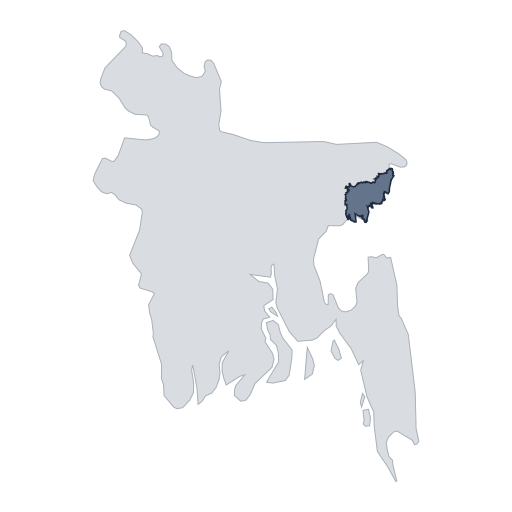 Maulvibazar, Sylhet, Bangladesh (highlighted)
{"feature_id": "16705992B62450131352427", "entity_name": "Maulvibazar", "entity_type": "district", "adm_level": 2, "iso_a3": "BGD", "parent_name": "Bangladesh", "parent_adm1": "Sylhet", "projection": "albers", "projection_center": [91.87, 24.487], "detail": "fine", "context": "in_parent", "style": "filled", "palette": "slate", "viewbox_px": 512, "rotation_deg": 0, "n_neighbors": 0, "source": "geoboundaries", "source_scale": "gbopen_adm2", "svg_char_len": 9394}
<svg xmlns="http://www.w3.org/2000/svg" viewBox="0 0 512 512"><path d="M161.4,378.5L161.6,364.4L152.9,336.6L153.4,333.6L151.8,320.2L149.6,312.7L148.6,304.8L154.4,293.7L152.2,291.8L140.0,288.0L138.6,285.1L141.5,274.0L132.9,263.3L129.6,255.3L139.6,230.1L142.3,212.5L141.7,209.1L136.1,205.0L126.0,203.1L118.9,199.7L114.8,194.5L111.3,192.4L106.9,193.8L101.3,191.7L96.8,186.6L93.1,180.5L94.8,173.9L102.5,158.5L105.3,158.1L111.6,161.3L114.0,161.4L118.3,155.3L124.6,137.9L145.0,139.9L149.9,139.4L155.0,138.1L157.8,136.0L159.4,133.2L159.0,130.7L152.8,127.3L150.4,124.7L148.8,117.7L147.0,115.0L134.8,114.3L128.5,111.0L125.1,108.0L119.1,98.2L111.6,90.9L104.3,89.1L101.5,86.7L100.0,83.0L101.1,77.8L105.1,67.7L125.8,46.4L126.3,44.0L125.6,41.2L119.8,37.5L119.5,35.8L121.2,31.2L124.6,30.7L131.4,35.1L138.3,42.0L142.4,48.1L142.4,52.8L147.9,53.9L152.5,56.1L157.2,55.6L160.3,56.8L162.4,56.4L163.2,53.7L159.3,46.7L161.3,43.9L166.0,44.2L169.3,46.8L171.6,52.2L171.9,60.4L177.2,67.9L184.2,73.4L189.8,75.9L196.5,77.8L202.3,76.2L205.3,71.0L204.1,66.4L205.0,62.2L207.4,60.0L211.0,60.2L213.7,63.5L221.3,81.4L219.5,89.3L221.0,111.0L218.7,125.2L219.9,130.7L221.2,131.7L233.1,134.5L250.3,140.4L263.6,142.7L323.5,141.5L336.5,144.4L376.5,142.3L387.4,146.8L399.2,154.2L405.9,159.7L407.1,162.8L406.4,165.5L404.2,167.0L400.1,167.1L390.7,163.5L389.1,164.6L389.0,173.1L381.3,194.6L380.3,201.3L377.6,203.9L369.7,205.2L364.4,217.8L362.2,219.3L357.0,216.6L353.8,217.0L349.7,218.1L345.6,221.0L342.8,224.6L339.6,225.8L328.3,225.6L326.1,231.4L318.7,238.9L313.5,259.0L313.9,265.2L320.1,281.3L324.4,302.2L326.0,304.3L328.2,304.5L328.3,294.9L330.4,293.7L333.0,294.8L338.3,307.7L341.3,311.0L346.0,311.9L351.4,310.0L355.4,306.2L357.0,302.1L355.7,288.1L358.2,282.4L367.4,273.9L368.7,271.3L368.1,257.2L371.6,256.7L376.2,257.8L382.1,254.5L383.9,254.4L386.4,258.0L390.6,257.4L396.9,285.2L397.5,304.9L399.0,315.8L401.2,318.2L408.3,334.6L415.2,392.2L416.1,428.8L418.9,441.3L416.7,444.1L414.4,444.6L412.3,440.3L397.2,431.1L393.5,432.0L388.3,437.4L386.3,442.4L387.2,449.5L388.9,456.4L392.5,460.3L392.8,464.7L396.8,481.2L395.7,481.3L387.4,466.3L377.4,451.6L374.1,425.2L373.8,412.2L367.0,396.8L360.7,370.1L363.4,360.6L358.7,364.7L351.2,348.7L339.6,332.9L336.2,326.0L336.1,319.2L331.0,326.0L324.1,330.8L317.1,337.9L312.5,340.1L297.7,341.3L289.3,331.6L277.3,308.0L275.8,302.6L277.5,288.8L274.7,275.7L274.0,264.1L271.8,265.1L271.0,268.3L271.4,273.2L270.5,277.2L250.1,274.4L258.7,281.4L268.1,283.1L272.8,289.3L273.1,299.5L263.8,305.7L264.6,310.9L269.8,317.3L263.3,319.0L261.5,323.1L261.3,329.0L265.8,338.1L265.0,341.7L272.6,353.6L274.0,359.3L272.0,367.3L255.1,383.4L250.1,394.9L245.9,400.2L240.7,401.2L234.5,395.6L234.5,390.0L235.8,385.6L244.7,374.9L239.9,376.3L226.2,385.0L223.7,377.8L222.1,371.1L222.2,362.9L228.9,350.7L221.4,356.7L219.2,364.3L220.0,373.3L219.0,379.7L215.9,387.9L211.9,392.9L205.4,396.0L202.5,400.8L198.1,404.4L196.9,387.6L192.7,365.0L191.6,369.8L193.7,383.8L193.4,392.9L189.8,400.1L182.6,407.7L177.2,408.7L174.0,407.4L164.1,395.6L163.5,384.6L161.4,378.5ZM285.4,380.5L272.9,383.1L266.5,382.2L278.6,362.0L278.3,352.9L276.5,345.5L270.5,339.5L270.2,335.3L267.6,329.4L266.3,322.6L273.0,320.5L278.3,324.4L280.2,332.2L282.8,338.0L292.1,350.0L291.9,357.3L289.2,375.1L285.4,380.5ZM312.3,374.1L304.6,379.4L307.3,347.4L312.9,359.3L314.3,365.7L312.3,374.1ZM341.4,358.1L338.1,360.4L335.0,358.4L331.0,350.9L333.0,341.4L334.3,340.0L339.0,349.7L341.4,358.1ZM369.6,425.8L365.3,426.2L363.1,423.9L364.1,420.7L363.0,410.3L368.5,409.3L370.5,418.0L369.6,425.8ZM364.8,396.8L361.6,407.1L360.3,402.5L362.5,393.4L364.8,396.8ZM276.3,312.8L277.5,316.2L270.6,311.8L268.8,308.7L271.9,307.2L276.3,312.8Z" fill="#d9dde1" stroke="#a8b0b8" stroke-width="1"/><path d="M348.0,219.4L348.1,219.0L348.8,219.2L349.1,218.2L348.9,217.9L349.0,217.7L348.5,217.7L348.7,217.2L348.5,216.6L348.2,216.2L348.3,216.0L348.2,215.9L348.3,215.8L348.5,215.8L349.0,215.2L349.4,215.1L349.4,214.8L349.6,215.0L349.5,216.6L350.0,217.3L350.2,217.5L350.3,217.6L350.3,217.8L350.5,218.2L350.4,218.3L350.5,218.6L350.5,219.3L350.8,220.0L351.1,220.1L351.0,220.3L351.5,220.5L351.7,220.2L352.1,220.2L352.3,220.9L353.4,221.1L353.9,221.8L354.5,221.6L354.7,221.9L354.8,221.8L355.0,221.9L356.1,221.9L355.1,213.7L358.3,215.8L359.4,215.8L359.7,216.0L359.8,216.5L360.1,216.6L360.4,216.7L360.8,216.3L361.0,216.4L361.2,216.0L361.6,215.9L361.6,215.4L362.1,215.4L362.2,215.5L362.0,215.8L362.4,215.7L362.2,216.0L362.5,216.1L362.8,216.4L362.8,216.5L362.5,216.4L362.6,216.7L362.4,216.7L362.4,217.1L362.2,217.3L361.9,217.3L362.3,217.9L362.1,218.2L362.3,218.6L362.6,218.8L362.8,218.7L363.1,218.9L363.3,218.7L363.5,218.9L363.6,219.2L363.8,219.1L364.2,219.4L364.1,219.6L364.3,219.7L364.1,219.9L364.2,220.2L364.4,220.4L364.4,220.7L364.3,220.9L364.5,221.1L364.5,221.5L364.9,221.8L364.9,222.1L365.2,222.1L365.3,222.3L365.7,222.1L366.2,222.3L366.4,222.1L366.4,221.7L366.7,221.5L366.8,221.3L366.7,221.2L366.9,221.1L367.0,221.0L366.9,220.9L367.0,220.3L366.8,220.2L367.1,220.0L366.8,219.8L368.9,212.1L367.4,206.7L367.6,206.9L367.8,206.8L367.9,206.6L368.3,206.4L368.5,206.6L368.7,206.3L368.9,206.3L369.1,205.8L369.3,205.9L369.3,205.7L369.5,205.7L370.0,205.2L370.5,205.7L370.9,205.7L370.7,206.0L371.0,206.3L371.2,207.1L371.5,207.5L371.7,207.4L371.8,207.8L372.0,207.9L372.4,207.8L372.8,207.9L372.8,206.7L371.5,205.2L371.6,204.9L371.8,205.1L372.0,204.9L371.5,204.5L371.5,204.0L371.2,204.2L370.9,203.8L371.1,203.7L370.7,203.5L371.1,203.1L371.8,203.4L372.1,203.7L372.2,203.1L372.5,202.8L372.3,202.6L372.7,202.8L372.8,202.4L373.4,202.9L373.4,203.2L373.6,203.3L374.5,202.9L374.7,203.0L374.8,203.2L375.0,203.5L375.6,203.4L375.8,203.7L376.1,203.6L376.2,203.8L376.5,203.6L376.6,203.8L379.1,203.8L379.4,204.1L379.9,204.0L379.9,203.7L380.1,203.7L380.1,203.4L380.3,203.2L380.8,203.4L381.1,203.2L381.4,203.4L381.4,203.2L381.7,203.3L381.8,203.1L381.5,202.6L381.7,202.2L382.0,202.1L382.0,201.7L382.3,201.4L382.6,201.3L382.4,200.8L382.7,200.3L382.7,199.9L383.2,200.2L383.3,200.1L383.5,200.2L383.9,199.9L384.6,200.4L385.0,199.7L384.8,199.7L384.9,199.2L384.5,198.8L384.7,198.7L384.7,198.4L384.4,198.1L384.5,197.8L384.3,197.7L384.4,197.3L384.2,197.2L384.4,197.0L384.2,196.7L384.0,196.8L384.2,196.5L383.9,196.3L384.1,196.1L383.8,195.6L383.9,195.1L383.7,194.8L383.9,194.8L383.7,194.5L383.8,194.2L383.8,193.9L384.3,193.6L383.9,193.2L384.1,193.1L384.2,192.9L384.0,192.7L384.2,192.4L384.3,191.8L384.5,192.0L384.7,191.9L384.7,191.7L385.0,191.7L385.5,192.1L385.5,192.3L386.1,192.3L386.3,192.7L386.6,192.7L386.9,193.2L387.1,193.2L387.3,193.5L388.0,193.8L389.3,191.8L389.6,186.6L390.1,185.5L390.2,184.4L390.6,183.2L390.6,182.6L390.4,182.1L391.0,181.2L391.1,180.7L390.9,180.3L391.3,180.1L391.3,179.6L391.9,179.0L392.5,177.7L393.2,176.9L393.9,175.8L392.8,175.3L392.7,175.1L393.4,173.9L392.7,173.5L392.9,173.1L392.9,172.8L393.1,172.8L393.4,172.1L393.3,171.8L392.8,171.6L392.6,171.1L392.2,170.8L392.4,170.1L392.3,169.8L392.5,169.7L392.2,169.2L392.2,168.7L390.8,168.4L390.5,168.6L390.5,168.4L390.7,168.2L390.2,168.4L389.7,168.5L390.2,169.0L390.2,169.4L389.3,169.3L388.0,169.9L387.9,170.5L387.4,170.7L387.3,170.4L387.1,170.4L386.6,171.0L386.6,171.8L387.0,172.5L386.7,173.3L385.7,173.3L385.5,173.0L385.3,172.9L384.5,173.3L384.4,173.1L384.1,173.2L383.7,173.6L383.1,173.5L382.7,173.7L382.0,174.0L381.5,173.6L381.2,173.6L380.6,174.2L380.0,174.3L379.7,174.1L379.6,173.6L378.5,173.5L378.5,174.8L379.0,175.0L378.9,176.1L378.5,176.5L378.7,176.8L378.4,177.3L377.5,177.2L377.5,176.6L377.1,176.4L377.2,177.9L376.5,178.9L376.1,178.6L375.8,178.6L376.0,178.4L375.8,178.1L375.2,178.8L374.9,178.9L375.3,179.0L375.3,179.3L375.5,179.6L375.3,180.1L375.4,181.5L375.1,182.3L374.5,182.3L374.2,182.2L374.2,182.5L373.8,182.2L372.7,182.1L372.5,182.5L371.9,182.8L371.9,183.0L371.4,183.1L371.2,183.4L370.7,183.4L370.5,183.2L370.5,182.9L369.3,182.6L369.0,182.2L368.8,182.3L368.4,182.1L368.2,181.9L368.2,181.6L367.9,182.2L367.6,182.3L366.7,182.1L366.8,181.6L366.2,181.5L366.2,182.4L365.3,182.8L364.9,182.0L364.3,182.1L363.6,182.0L363.3,182.5L362.2,183.0L361.8,182.3L361.0,182.2L359.0,183.5L358.8,183.5L358.6,182.8L357.8,183.1L357.5,183.4L357.6,184.3L356.9,184.4L356.9,184.8L355.7,185.7L355.3,186.5L354.6,186.5L353.7,186.9L350.9,186.0L350.7,185.8L350.8,185.1L350.2,184.0L350.0,184.3L349.8,184.0L349.6,184.3L349.5,184.1L349.4,184.3L349.2,184.2L349.3,185.1L349.6,185.8L349.4,186.2L349.2,187.0L348.7,186.7L348.0,186.7L347.6,187.0L347.2,186.8L347.4,187.2L347.1,187.3L347.0,187.2L347.0,186.7L346.4,186.2L345.7,186.9L345.5,187.7L346.4,187.2L347.0,187.4L347.0,187.6L346.6,188.1L347.1,188.1L347.3,189.1L348.0,189.0L347.8,189.8L348.1,189.8L348.2,190.1L348.3,190.3L348.6,190.2L348.5,190.4L348.7,190.6L348.2,190.7L348.3,190.9L348.1,190.9L347.5,190.6L347.4,190.7L347.4,191.2L347.7,191.4L347.6,191.9L347.2,191.9L347.1,192.1L347.4,192.6L346.9,192.8L346.3,192.8L346.5,193.1L345.8,194.0L346.0,194.3L345.8,194.7L345.6,194.7L345.7,194.8L345.5,195.7L345.8,197.0L345.6,197.3L345.6,197.9L345.4,198.6L345.6,198.9L345.8,198.7L346.1,198.8L346.3,199.3L346.0,199.7L346.2,199.8L346.1,200.2L346.3,200.5L345.1,200.6L345.1,204.8L346.2,204.9L346.2,204.6L346.6,204.7L346.3,204.9L346.5,205.6L346.9,206.2L347.0,206.9L347.1,208.8L346.6,209.8L345.8,210.7L346.0,211.4L346.0,212.5L346.2,212.9L346.1,213.1L345.8,213.2L345.7,213.5L346.1,214.3L345.9,214.8L346.2,215.1L346.6,216.5L346.9,216.6L347.0,217.2L346.9,217.4L347.4,217.6L347.5,218.1L347.7,218.3L347.7,219.2L348.0,219.4Z" fill="#64748b" stroke="#1e293b" stroke-width="1.5"/></svg>